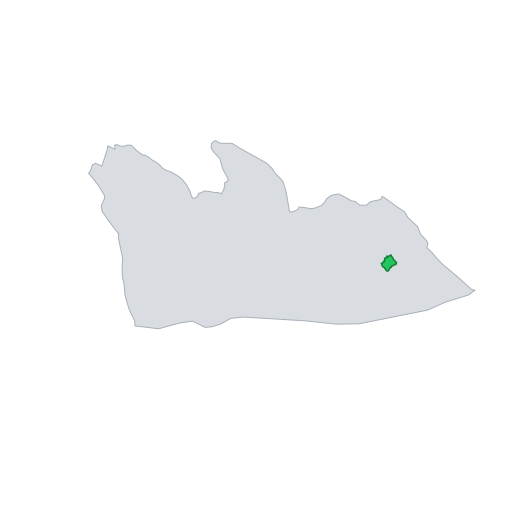 Karforh, River Gee, Liberia shown in context, rotated 313°
{"feature_id": "62588387B52645090696794", "entity_name": "Karforh", "entity_type": "district", "adm_level": 2, "iso_a3": "LBR", "parent_name": "Liberia", "parent_adm1": "River Gee", "projection": "equal_earth", "projection_center": [-8.131, 5.281], "detail": "fine", "context": "in_parent", "style": "filled", "palette": "green", "viewbox_px": 512, "rotation_deg": 313, "n_neighbors": 0, "source": "geoboundaries", "source_scale": "gbopen_adm2", "svg_char_len": 3212}
<svg xmlns="http://www.w3.org/2000/svg" viewBox="0 0 512 512"><g transform="rotate(313 256 256)"><path d="M122.4,215.3L125.8,211.4L130.9,198.8L138.1,186.8L144.7,179.6L149.9,172.2L155.5,166.6L163.4,160.0L175.6,142.7L178.5,140.6L180.4,128.7L183.5,113.4L187.0,108.6L195.3,105.8L197.2,103.2L200.2,92.4L202.1,79.9L202.3,77.2L205.5,76.8L211.1,74.1L214.3,75.4L215.7,79.0L216.5,82.0L233.3,74.2L234.8,72.6L235.7,72.8L237.8,79.9L239.0,79.5L240.1,77.4L241.2,77.2L242.5,78.2L243.8,81.5L246.0,84.4L249.6,86.5L251.9,89.3L251.7,96.8L252.5,104.2L254.1,105.9L255.0,110.2L255.4,115.0L256.2,117.6L256.9,122.4L256.5,127.6L257.2,131.3L259.9,137.6L261.5,145.5L261.5,151.1L260.6,157.1L258.8,162.5L255.6,168.4L255.4,170.7L257.2,172.2L260.0,172.5L262.4,171.3L268.4,174.1L271.5,177.9L274.3,182.7L276.7,185.2L277.9,188.2L282.1,187.4L287.0,184.5L288.0,183.1L289.5,183.8L292.7,184.1L294.9,178.9L296.7,172.8L300.5,166.3L302.4,163.7L302.9,159.5L303.1,154.1L304.5,149.4L307.6,146.9L311.0,146.9L312.9,147.9L313.8,152.4L316.6,155.9L318.9,158.2L320.1,159.2L322.1,161.9L323.9,171.1L331.2,200.6L330.9,208.8L329.4,214.1L329.4,219.4L328.9,224.5L324.4,233.0L311.3,250.3L312.3,251.8L315.4,253.7L318.6,254.8L321.3,254.2L324.5,258.5L328.1,264.0L331.8,266.8L337.3,269.3L342.0,269.6L346.0,268.6L351.7,269.7L357.8,274.2L359.9,281.6L361.4,288.1L363.5,291.4L363.8,297.0L368.1,301.9L374.2,302.9L382.2,308.6L384.2,308.3L385.1,307.6L386.1,308.7L388.1,325.3L389.6,334.2L388.8,337.8L387.7,340.6L387.7,354.0L384.1,361.7L383.5,370.2L382.5,373.0L378.6,375.4L378.6,381.9L377.6,389.8L377.2,398.2L378.3,420.0L378.5,436.3L380.2,439.4L372.7,438.1L350.7,425.6L333.7,418.5L276.8,377.7L261.0,361.3L242.8,337.0L202.4,288.0L193.1,280.1L181.5,276.3L174.3,272.1L169.2,267.6L165.1,254.0L155.0,245.9L136.4,234.4L122.4,215.3Z" fill="#d9dde1" stroke="#a8b0b8" stroke-width="1"/><path d="M334.3,362.1L334.7,362.5L335.0,362.7L335.6,362.9L336.2,362.8L336.8,362.6L337.0,362.5L337.4,362.5L337.9,362.3L338.3,362.1L338.6,362.0L339.0,362.0L339.6,362.5L339.9,362.7L340.2,362.6L340.5,362.3L340.8,362.1L341.0,361.9L341.3,362.0L341.4,362.4L341.7,362.5L341.9,362.5L342.3,362.7L342.5,362.9L342.9,363.1L343.5,363.3L343.8,363.1L344.2,363.0L344.6,363.3L345.0,363.6L345.2,364.0L345.4,363.8L345.7,363.7L346.0,363.6L346.2,363.8L346.8,363.3L347.1,363.1L347.1,362.1L347.1,361.5L347.1,360.9L347.1,360.7L347.2,359.9L347.2,359.2L347.2,358.9L347.3,358.7L347.6,358.4L347.8,357.8L347.8,357.7L347.9,357.2L348.0,356.6L348.2,355.9L348.2,355.4L348.5,354.8L348.5,354.7L348.7,354.4L348.8,354.1L348.6,353.9L348.2,353.9L347.9,353.8L347.7,353.6L347.3,353.4L346.5,353.4L346.2,353.2L345.9,352.9L345.6,352.6L345.4,352.4L345.1,351.9L345.0,352.0L344.8,352.0L344.8,352.5L344.6,352.7L344.5,352.8L344.5,353.0L344.4,353.1L344.2,353.1L343.9,352.8L343.1,352.1L342.9,351.9L342.6,351.8L342.4,351.7L342.1,351.7L341.6,352.0L341.1,352.5L340.8,352.9L340.7,352.9L340.7,353.0L340.4,352.9L340.0,353.0L339.5,353.6L339.3,353.7L339.1,353.7L338.9,353.5L338.8,353.1L338.7,353.0L338.2,353.1L338.0,353.3L337.8,353.3L337.7,353.4L337.3,353.2L337.1,353.3L336.4,353.2L336.0,352.8L335.2,354.4L334.8,355.6L334.7,355.8L334.7,356.0L334.6,356.6L335.1,357.5L334.6,359.7L334.4,360.3L334.3,362.1Z" fill="#22c55e" stroke="#15803d" stroke-width="1.5"/></g></svg>